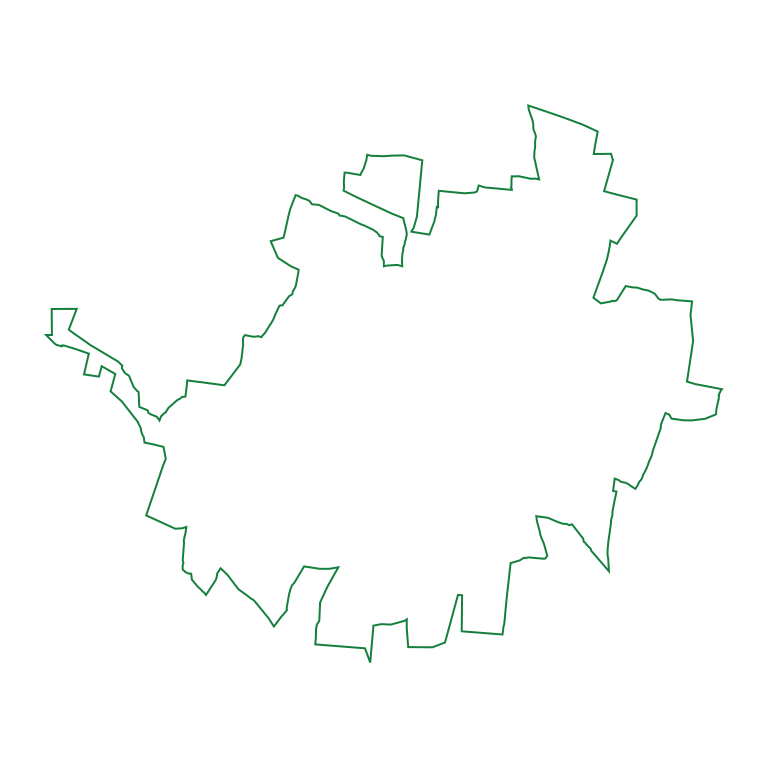 Sotuta, Yucatán, Mexico (Natural Earth projection)
{"feature_id": "50627088B40990940579560", "entity_name": "Sotuta", "entity_type": "district", "adm_level": 2, "iso_a3": "MEX", "parent_name": "Mexico", "parent_adm1": "Yucatán", "projection": "natural_earth1", "projection_center": [-88.999, 20.615], "detail": "fine", "context": "isolated", "style": "outline", "palette": "green", "viewbox_px": 768, "rotation_deg": 0, "n_neighbors": 0, "source": "geoboundaries", "source_scale": "gbopen_adm2", "svg_char_len": 6098}
<svg xmlns="http://www.w3.org/2000/svg" viewBox="0 0 768 768"><path d="M611.1,153.8L604.2,153.9L593.7,154.0L595.4,143.7L597.7,131.6L582.2,124.4L560.1,116.3L528.3,105.5L528.7,109.3L529.1,110.5L529.5,111.7L530.4,114.4L530.7,115.2L531.1,116.1L531.3,116.8L531.6,117.6L532.8,121.4L532.9,122.8L533.1,123.4L533.3,125.1L533.3,126.3L533.3,127.3L533.3,128.1L533.6,129.7L534.6,132.1L534.8,132.9L535.3,134.4L535.9,135.9L535.8,137.6L535.5,138.6L535.2,140.7L535.1,142.7L535.0,143.7L535.2,145.7L535.1,146.7L535.0,148.3L534.7,149.5L534.5,151.1L534.3,154.5L534.2,157.4L535.4,162.8L539.1,179.4L535.1,178.6L531.1,178.8L521.4,176.8L519.4,176.3L516.9,176.2L515.7,176.4L511.8,176.3L511.4,181.6L511.5,182.5L511.4,186.4L510.8,187.2L511.6,188.2L511.8,189.9L484.6,187.4L478.7,185.5L477.0,191.5L474.5,192.5L464.4,193.3L438.8,190.8L438.2,198.4L438.0,204.0L438.1,207.2L436.8,206.9L436.0,214.5L434.2,221.7L429.4,234.6L411.4,231.7L411.4,231.2L413.5,228.4L416.8,217.1L417.1,214.8L422.3,160.3L413.1,157.8L404.2,155.4L392.2,155.6L383.7,156.2L371.2,155.8L367.2,154.8L366.3,160.5L365.8,161.8L363.7,168.6L361.4,172.5L360.4,175.0L358.7,174.7L346.3,172.6L344.6,172.6L344.0,179.3L343.8,182.5L344.0,185.1L344.1,188.1L343.5,190.6L357.1,197.4L391.8,213.6L403.4,218.2L403.5,219.3L406.4,231.0L406.8,234.5L405.7,239.6L405.0,241.8L404.3,245.5L403.2,247.9L403.2,250.8L402.4,253.6L402.0,260.6L402.2,266.3L397.5,264.9L386.7,265.6L383.9,266.3L383.8,261.0L383.6,260.1L382.9,259.1L381.6,255.8L382.8,236.9L379.5,236.2L379.3,235.3L377.0,232.5L373.0,229.7L364.0,225.4L361.1,224.4L345.2,216.5L342.2,215.9L339.7,215.6L338.2,213.6L330.9,211.0L318.9,204.9L312.0,204.3L309.3,200.8L305.8,199.2L302.4,198.2L299.8,196.9L298.5,195.9L295.6,195.2L290.2,209.1L288.5,215.7L285.3,230.2L283.6,237.6L270.7,241.2L277.9,257.9L290.3,265.9L291.4,266.5L298.6,269.7L298.5,271.7L295.8,286.0L294.7,288.2L293.0,291.1L292.2,294.3L289.0,296.3L282.5,305.3L281.5,305.5L280.7,305.3L279.5,305.7L275.2,314.6L275.0,315.4L274.6,316.1L273.4,319.3L270.9,323.7L270.1,324.7L264.8,333.3L263.9,334.0L262.0,336.2L261.5,337.2L258.4,336.2L257.7,336.4L257.3,336.3L253.8,336.8L248.3,335.8L244.9,335.1L243.1,337.8L243.0,341.7L243.2,345.3L242.9,346.4L242.3,351.7L242.4,352.2L241.6,356.9L241.8,357.3L240.2,364.5L224.4,385.3L200.5,382.1L198.3,381.8L198.1,381.8L197.8,381.8L187.3,380.4L186.6,387.3L185.4,396.6L181.9,397.0L179.2,399.3L178.0,399.5L168.5,407.8L165.5,412.5L164.0,413.5L161.1,416.2L159.5,420.5L156.8,416.7L150.6,414.3L148.4,412.8L148.0,411.2L147.6,410.3L139.3,406.9L138.6,392.0L137.2,391.0L133.6,387.0L129.1,375.9L124.9,373.0L121.9,368.3L122.2,365.5L117.8,361.4L90.6,345.2L70.9,331.3L68.8,329.6L76.7,308.9L70.7,308.9L51.7,309.0L51.9,335.0L46.1,335.0L55.1,344.0L56.7,345.0L61.9,346.3L62.0,345.5L63.5,345.4L73.6,348.4L88.8,353.6L84.0,374.4L98.9,376.6L101.7,366.2L115.3,374.0L110.6,391.4L121.9,401.5L137.8,421.9L138.1,422.8L138.6,423.6L139.5,425.6L139.8,426.1L140.6,427.9L140.9,429.0L141.0,429.9L141.2,430.8L141.4,431.6L141.6,432.6L142.1,433.9L142.7,435.4L143.3,436.0L143.9,438.0L144.5,442.6L153.4,444.4L163.5,446.9L165.8,458.8L162.9,466.1L146.2,515.4L175.2,528.7L182.1,528.3L186.3,527.0L185.5,533.1L183.8,540.0L184.0,543.4L183.1,555.2L182.8,559.5L182.8,560.6L183.0,561.8L183.5,563.1L182.8,564.8L182.6,566.6L182.7,567.5L182.8,569.7L183.5,570.3L184.2,570.8L184.8,571.6L186.6,572.7L188.4,573.4L190.0,573.7L190.8,573.6L191.2,573.9L191.8,578.7L191.9,579.7L193.9,582.0L194.7,583.1L195.9,584.4L196.9,585.7L197.4,586.3L197.9,586.9L199.4,588.1L200.1,588.8L200.9,589.6L202.2,590.9L202.7,591.5L204.2,592.7L206.0,595.0L214.7,581.6L216.3,578.8L217.3,573.3L220.6,568.3L227.4,574.8L238.5,589.3L247.1,595.5L250.7,598.4L253.2,599.8L255.1,601.7L257.1,604.2L268.7,618.4L273.9,626.5L281.7,616.2L283.1,614.7L283.3,614.5L287.0,610.1L286.6,608.4L289.1,594.0L290.0,590.9L290.7,588.5L291.9,585.5L294.4,582.7L304.1,566.4L319.7,568.8L329.5,568.8L338.3,567.3L327.3,586.9L320.1,602.6L319.3,620.7L317.0,624.3L316.4,627.1L316.1,628.9L315.8,638.3L315.3,644.4L365.0,648.3L370.2,662.5L373.2,628.6L373.3,625.7L381.4,624.1L390.7,624.6L404.4,620.9L406.8,619.3L406.7,625.1L406.8,628.9L408.2,647.1L432.4,647.3L445.0,642.5L452.3,615.8L458.0,594.9L459.2,595.0L462.1,595.3L461.7,631.3L502.5,634.5L502.7,632.9L503.3,628.2L503.4,627.0L503.8,625.8L504.2,624.4L504.4,621.8L504.7,620.5L504.7,619.3L504.8,618.3L504.9,617.1L505.2,613.7L505.5,610.8L505.6,609.4L506.1,604.3L506.5,600.2L507.0,595.1L507.3,592.3L507.5,590.4L507.8,588.2L510.6,563.1L519.5,560.5L523.9,557.8L524.9,558.0L528.9,557.4L531.0,557.6L544.3,558.8L545.2,558.5L547.3,555.8L543.8,543.4L541.2,537.4L540.4,534.7L539.1,529.1L538.6,527.2L537.2,522.1L536.7,519.8L536.5,517.1L536.3,516.2L548.0,517.8L557.5,521.9L562.7,523.7L566.9,524.0L569.1,525.2L572.0,524.3L583.1,538.5L583.8,541.8L585.6,543.1L585.8,543.8L590.7,548.8L591.3,550.9L593.1,552.9L608.9,571.2L608.6,564.9L608.3,560.9L608.3,559.4L607.5,554.4L607.7,548.3L608.1,544.7L608.3,541.7L609.2,535.9L609.5,533.7L610.9,523.5L611.1,520.2L611.3,519.0L611.7,517.5L612.0,516.5L612.4,515.3L612.4,512.7L612.4,511.8L614.2,502.6L616.5,491.6L613.1,491.0L613.5,487.7L614.7,478.6L618.7,480.1L619.2,480.5L620.2,481.1L621.0,481.9L625.5,482.7L628.5,484.2L630.3,485.6L635.3,488.9L637.4,485.7L639.4,481.6L640.0,481.0L640.8,480.1L641.1,479.6L641.8,478.7L642.0,478.4L643.0,475.2L646.0,469.5L647.4,466.3L649.3,460.9L650.7,458.0L650.8,457.9L652.0,454.7L652.7,451.2L660.7,428.3L661.0,424.3L665.5,413.1L667.9,414.0L669.2,414.6L670.1,416.0L670.3,416.5L671.5,418.6L683.5,420.3L691.7,420.4L705.1,418.8L715.9,414.4L716.1,413.9L716.1,413.2L716.4,409.4L717.2,405.4L718.8,398.6L718.7,397.4L718.9,396.3L719.1,395.6L718.7,395.0L721.1,390.0L721.9,389.2L695.3,384.1L687.0,381.6L693.1,341.2L690.5,314.7L692.1,301.4L676.6,300.2L671.8,299.4L660.5,299.8L658.3,298.4L654.8,293.7L648.3,290.5L643.1,289.5L637.1,287.6L633.0,287.4L625.7,286.1L616.8,300.3L614.2,301.2L612.1,300.8L610.9,301.5L600.9,303.4L593.4,297.7L603.0,271.2L607.0,259.2L608.7,251.7L609.6,246.9L610.5,240.6L617.0,243.8L620.2,238.8L636.7,215.5L636.6,209.6L636.6,199.6L628.4,197.5L614.6,194.0L604.1,191.2L606.9,181.3L613.0,159.8L612.2,158.1L611.1,153.8Z" fill="none" stroke="#15803d" stroke-width="2"/></svg>